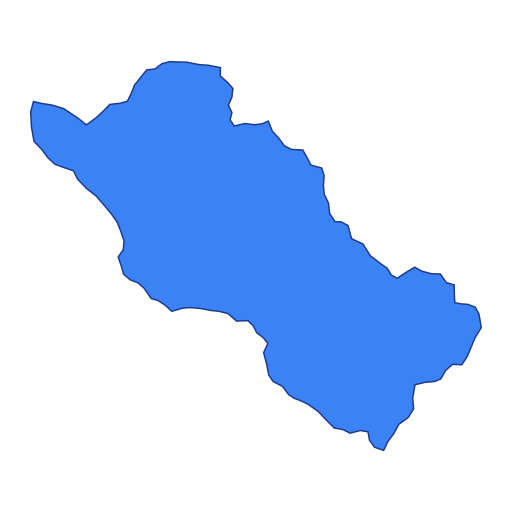 outline of Ibiam, Santa Catarina, Brazil
{"feature_id": "56859067B57990833379238", "entity_name": "Ibiam", "entity_type": "district", "adm_level": 2, "iso_a3": "BRA", "parent_name": "Brazil", "parent_adm1": "Santa Catarina", "projection": "natural_earth1", "projection_center": [-51.214, -27.212], "detail": "fine", "context": "isolated", "style": "filled", "palette": "blue", "viewbox_px": 512, "rotation_deg": 0, "n_neighbors": 0, "source": "geoboundaries", "source_scale": "gbopen_adm2", "svg_char_len": 1873}
<svg xmlns="http://www.w3.org/2000/svg" viewBox="0 0 512 512"><path d="M481.3,327.6L478.9,313.8L475.1,307.1L468.1,304.4L461.4,303.9L454.8,302.7L454.3,292.5L454.2,284.9L446.4,282.6L440.3,274.0L431.5,273.7L421.8,271.2L414.7,267.2L405.2,272.9L397.1,278.3L391.3,275.0L387.0,268.0L381.5,264.3L370.4,255.8L362.9,244.0L351.6,238.7L348.0,225.5L341.3,221.9L334.9,221.6L329.6,213.3L328.5,203.1L324.2,194.2L323.4,185.2L324.1,175.8L321.8,168.1L310.9,165.1L307.2,157.8L302.8,150.0L291.4,149.4L284.1,145.6L278.9,138.3L272.4,131.3L268.3,121.1L261.9,123.9L254.1,124.7L245.0,123.5L234.2,126.0L230.1,119.8L231.9,112.5L228.4,105.2L231.9,97.1L232.9,88.5L228.2,83.1L220.3,75.9L220.4,67.6L208.4,65.3L198.4,64.5L186.8,62.2L176.4,61.9L169.7,61.6L161.9,63.7L155.1,68.9L146.6,70.0L140.3,77.8L134.4,85.3L131.5,92.9L127.4,101.2L119.9,103.3L109.8,104.4L103.0,111.4L95.9,117.9L86.4,124.9L79.1,119.0L71.9,114.1L63.5,108.5L51.3,104.9L42.4,103.6L33.5,101.5L30.7,111.7L31.4,126.5L34.0,141.4L41.5,149.2L48.0,157.8L55.0,164.3L65.5,168.1L73.5,170.8L77.6,179.1L86.5,188.5L95.9,195.8L104.8,206.0L111.9,214.6L117.3,222.4L120.7,231.0L124.0,240.7L123.3,249.6L118.2,257.0L121.4,266.4L123.6,274.2L130.2,279.8L137.8,282.8L143.9,288.0L151.1,298.5L158.2,300.6L165.0,305.1L171.9,311.3L182.7,308.1L189.9,307.6L200.1,308.4L211.2,310.5L219.0,311.3L228.0,313.6L236.6,321.1L247.8,320.6L253.1,325.6L256.8,332.9L262.9,337.3L267.9,343.5L263.6,352.6L266.6,363.9L268.7,375.0L273.1,381.5L282.6,386.5L288.6,394.6L294.0,398.2L300.5,400.6L308.2,404.4L318.4,411.6L326.5,420.3L334.3,428.0L343.0,429.6L350.1,433.2L360.2,430.5L368.0,431.8L369.5,440.2L374.5,447.2L383.6,450.4L387.9,441.5L393.7,433.7L398.8,424.3L408.2,417.5L413.6,408.9L412.7,397.8L415.0,384.7L425.2,382.3L434.7,381.5L440.7,379.0L445.7,370.4L452.4,364.4L461.9,364.7L467.3,356.3L471.1,347.2L474.8,338.1L481.3,327.6Z" fill="#3b82f6" stroke="#1e3a8a" stroke-width="1.5"/></svg>